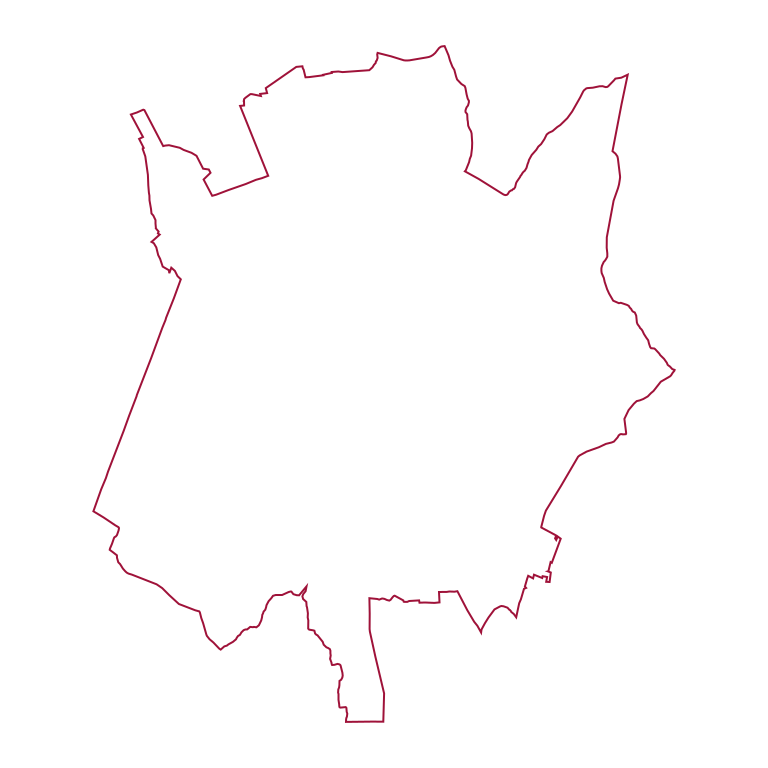 Ixcaquixtla, Puebla, Mexico (Equal Earth projection)
{"feature_id": "50627088B51298056113446", "entity_name": "Ixcaquixtla", "entity_type": "district", "adm_level": 2, "iso_a3": "MEX", "parent_name": "Mexico", "parent_adm1": "Puebla", "projection": "equal_earth", "projection_center": [-97.829, 18.478], "detail": "fine", "context": "isolated", "style": "outline", "palette": "rose", "viewbox_px": 768, "rotation_deg": 0, "n_neighbors": 0, "source": "geoboundaries", "source_scale": "gbopen_adm2", "svg_char_len": 6058}
<svg xmlns="http://www.w3.org/2000/svg" viewBox="0 0 768 768"><path d="M653.5,391.0L660.8,381.7L670.1,376.3L671.1,375.3L672.6,372.9L674.4,370.7L674.6,369.9L672.3,369.1L669.9,366.5L668.2,365.3L667.6,364.7L666.9,362.9L664.0,358.8L660.2,355.1L659.2,353.5L655.2,349.2L654.3,348.5L651.1,348.2L650.2,347.1L649.0,343.6L648.2,340.3L646.3,337.7L644.0,334.1L642.4,330.7L641.5,329.4L639.9,327.8L639.5,326.8L637.6,324.3L636.9,322.5L636.2,315.6L634.8,312.5L633.1,311.7L632.0,310.6L631.2,309.0L629.7,307.5L628.8,305.9L627.0,304.9L620.8,302.8L618.9,303.2L613.2,300.7L609.1,293.6L607.1,289.2L604.7,282.0L603.8,277.9L601.7,273.1L601.4,270.9L601.4,268.3L602.0,265.7L603.7,262.0L605.0,260.6L606.2,258.8L607.3,256.7L607.3,253.3L606.7,247.8L606.8,237.3L613.6,200.7L618.0,188.2L619.0,184.5L619.8,179.6L620.1,177.2L620.0,175.8L617.9,158.6L617.4,156.4L615.5,153.7L612.5,151.2L621.5,104.4L627.7,74.7L621.3,77.7L615.4,78.6L614.1,80.2L608.2,86.3L607.0,87.0L605.6,87.1L602.6,86.2L599.4,86.3L592.8,87.7L587.5,88.1L586.3,88.4L583.9,90.4L583.1,91.6L580.2,97.4L572.1,111.6L567.3,118.2L560.2,125.1L557.3,127.0L552.5,131.1L548.8,132.8L546.7,134.5L544.4,139.1L541.1,144.1L538.3,146.6L536.3,149.8L531.7,155.0L528.9,160.1L528.6,161.5L527.5,164.3L526.5,167.9L524.8,170.7L523.4,171.9L522.3,173.3L521.4,174.9L520.5,175.9L520.1,176.9L516.8,181.7L516.1,183.1L515.1,187.3L513.9,188.9L513.1,189.1L511.9,190.3L511.3,190.3L509.3,191.6L507.7,194.2L506.7,194.9L505.2,195.1L503.5,194.5L478.6,178.9L464.9,171.3L465.8,170.3L469.1,162.1L469.8,158.9L471.1,155.7L472.0,148.3L472.2,142.8L471.6,133.5L471.0,131.3L469.3,128.3L468.2,125.7L467.8,121.2L467.5,120.0L467.2,114.2L465.5,112.0L465.5,110.4L465.9,109.1L466.6,107.3L468.0,105.5L468.9,102.3L468.9,100.8L467.7,98.7L466.6,94.4L465.4,87.9L464.7,86.1L461.4,84.0L457.1,79.5L456.1,76.6L454.3,69.8L452.4,66.7L450.0,60.6L448.5,55.3L444.6,46.1L442.0,46.4L440.7,46.8L439.0,48.1L435.2,53.0L432.9,55.0L430.7,56.3L428.8,57.0L426.2,57.5L409.1,60.4L405.9,60.5L403.9,60.3L391.0,56.3L377.6,52.9L377.2,54.4L377.6,57.9L376.7,60.6L375.9,61.4L375.7,62.9L374.0,64.8L372.5,67.3L369.3,70.2L342.5,72.1L338.4,71.5L331.7,72.0L331.9,72.9L323.1,74.8L323.3,75.3L309.1,77.1L305.5,77.3L303.6,69.5L302.9,68.6L302.4,66.3L296.3,66.9L265.8,88.1L267.1,93.1L260.2,93.9L260.9,96.0L251.7,94.1L250.4,94.1L245.4,97.8L244.1,99.1L243.8,100.8L244.0,100.8L244.1,105.5L240.1,105.9L268.2,175.8L261.8,178.2L256.0,179.8L245.8,184.0L228.6,190.0L216.2,194.7L212.2,195.8L203.6,179.5L210.5,172.8L208.8,169.5L203.1,168.7L196.5,155.8L191.5,152.8L183.6,149.9L179.8,147.8L169.0,145.2L165.1,145.6L163.2,146.1L144.4,110.1L143.2,109.7L136.9,112.5L130.9,114.5L143.0,137.0L139.1,138.9L143.7,147.9L142.0,148.7L142.5,148.6L143.1,150.1L145.3,156.4L147.9,174.9L148.3,185.4L148.9,192.7L149.4,195.6L149.5,200.3L151.0,208.9L151.5,213.5L153.3,215.5L155.5,220.1L155.5,223.5L155.9,228.0L155.8,228.3L158.6,231.6L157.9,233.4L159.7,234.6L151.5,241.9L153.8,243.2L156.3,247.4L158.2,255.1L160.1,258.8L162.7,266.6L168.9,270.2L169.3,273.2L171.3,267.7L174.9,270.9L177.5,276.1L180.8,279.3L173.9,298.2L166.1,317.8L165.5,320.0L162.3,327.8L151.2,358.0L136.8,395.2L136.6,396.2L129.1,415.8L123.7,430.8L108.0,471.7L105.9,478.1L101.2,489.3L93.4,511.3L103.5,517.4L115.1,525.2L118.5,527.2L119.0,528.1L118.6,530.4L117.0,535.0L115.9,536.4L114.5,537.2L114.0,538.0L112.0,543.8L110.0,548.5L109.7,549.8L116.9,555.3L117.0,557.8L118.3,562.3L120.1,564.1L122.9,568.6L125.1,571.1L126.7,572.6L128.5,573.6L131.8,574.6L156.6,584.3L162.2,588.1L169.3,595.2L178.9,604.0L195.3,610.3L199.3,611.4L199.9,612.5L201.3,618.1L203.1,623.1L206.4,634.7L206.9,635.9L209.6,639.3L213.4,642.5L219.3,648.7L220.7,649.6L224.3,646.4L226.9,645.6L228.4,644.4L232.9,641.9L236.0,639.3L236.7,637.9L237.9,636.1L240.0,634.8L241.4,632.4L243.6,630.2L245.3,629.5L247.2,629.4L250.2,626.9L253.0,627.2L253.9,626.9L256.4,627.3L258.9,625.3L261.2,620.5L262.0,617.4L262.3,614.8L263.0,613.5L263.6,611.6L265.3,609.7L266.1,607.2L266.5,605.2L268.6,601.2L271.3,598.2L273.0,595.8L275.7,595.0L282.1,595.0L288.7,592.0L290.7,591.5L291.4,591.6L293.4,594.2L296.7,595.2L299.1,595.3L306.5,586.4L305.6,591.2L303.3,594.0L302.4,596.3L303.1,599.0L306.3,601.9L306.6,606.2L307.0,607.2L307.9,613.3L307.7,617.5L308.3,620.4L308.2,628.6L308.8,629.4L309.5,629.7L313.1,630.3L314.4,630.7L315.1,633.5L316.3,634.7L317.5,635.3L322.7,641.8L323.7,644.7L326.4,647.3L328.3,648.1L329.9,649.2L330.4,650.7L330.4,653.3L330.7,655.5L330.1,658.9L331.5,662.7L331.6,663.8L332.1,665.0L334.5,664.8L337.5,663.9L339.5,664.4L340.3,665.0L340.6,665.6L342.4,672.7L342.7,675.7L342.3,677.6L341.2,679.7L339.5,680.9L339.4,685.1L339.1,687.4L338.3,689.5L338.1,692.7L338.5,693.9L338.5,699.8L339.2,704.5L339.3,706.3L339.6,707.3L340.4,707.6L345.7,707.1L346.4,707.9L346.7,711.8L347.3,713.7L346.9,716.7L346.4,717.8L346.1,719.3L346.0,721.9L373.0,721.6L383.3,721.7L384.1,693.4L375.4,656.8L369.9,631.7L369.6,629.1L369.7,613.5L369.4,598.2L377.3,599.0L379.2,599.6L382.1,598.5L383.0,598.6L384.5,598.9L386.9,600.0L389.3,600.6L390.6,599.8L392.7,597.1L393.8,596.0L394.7,595.7L403.3,600.4L403.7,601.7L404.6,601.9L407.2,601.9L409.2,601.0L419.1,600.4L419.5,602.7L425.0,602.5L434.4,602.9L439.5,602.4L439.0,592.0L446.8,591.9L449.4,591.5L454.5,591.7L457.4,591.2L467.3,610.2L474.2,621.8L477.4,625.8L481.1,632.5L481.5,629.6L482.0,628.6L485.0,623.1L488.5,617.5L494.5,609.4L500.1,606.4L501.4,606.0L503.6,606.3L507.5,607.7L509.4,609.8L509.9,610.0L510.8,611.0L511.2,611.9L513.8,614.0L516.2,617.3L519.2,603.2L520.9,599.3L524.0,588.8L526.1,587.9L524.9,586.5L527.2,578.6L528.2,575.8L533.1,578.4L534.0,574.7L542.2,578.0L542.6,576.2L547.1,577.0L546.2,581.8L549.6,582.0L550.8,572.5L548.0,571.4L548.4,571.3L550.6,562.1L551.8,562.8L560.7,538.7L557.7,536.5L556.2,540.0L555.1,538.4L556.2,535.5L541.3,527.5L541.2,527.2L544.1,515.8L545.9,510.6L560.9,486.1L578.1,456.7L579.7,455.4L586.6,451.6L598.7,447.3L605.9,443.9L611.6,442.5L613.9,441.6L617.6,437.4L618.7,435.4L620.3,434.2L621.8,434.1L622.9,434.4L625.8,434.2L626.1,433.8L626.1,432.6L624.4,418.9L628.6,410.1L633.9,403.7L636.7,401.1L639.7,400.4L643.3,399.0L647.8,396.4L650.9,393.2L653.5,391.0Z" fill="none" stroke="#9f1239" stroke-width="2"/></svg>